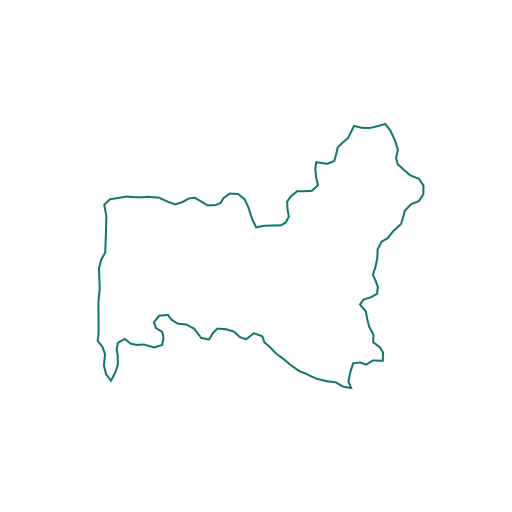 Estrela Dalva, Minas Gerais, Brazil (orthographic projection), rotated 115°
{"feature_id": "56859067B45399318958970", "entity_name": "Estrela Dalva", "entity_type": "district", "adm_level": 2, "iso_a3": "BRA", "parent_name": "Brazil", "parent_adm1": "Minas Gerais", "projection": "orthographic", "projection_center": [-42.466, -21.71], "detail": "fine", "context": "isolated", "style": "outline", "palette": "teal", "viewbox_px": 512, "rotation_deg": 115, "n_neighbors": 0, "source": "geoboundaries", "source_scale": "gbopen_adm2", "svg_char_len": 2029}
<svg xmlns="http://www.w3.org/2000/svg" viewBox="0 0 512 512"><g transform="rotate(115 256 256)"><path d="M321.0,121.5L312.2,122.6L308.5,116.7L307.9,110.4L301.2,105.8L297.4,96.8L289.8,100.1L286.2,105.4L284.7,113.3L277.7,116.3L272.4,123.4L266.6,128.2L259.7,133.1L256.0,141.3L250.1,140.2L244.7,134.3L239.1,130.4L232.6,132.4L228.1,137.0L223.5,142.2L216.4,142.9L206.7,145.2L198.5,148.6L189.9,148.2L184.1,144.2L175.8,142.2L165.7,138.1L158.8,139.0L152.0,140.3L143.2,137.1L137.6,131.7L129.4,130.4L121.4,134.0L117.2,141.0L117.7,150.5L115.0,159.6L113.0,166.3L107.7,170.6L99.8,172.2L91.8,179.7L85.5,187.3L81.7,194.6L87.3,201.1L91.9,207.0L95.1,214.2L96.7,222.2L103.1,222.2L110.5,222.5L116.9,225.5L123.0,227.8L129.7,226.4L136.7,225.2L142.3,230.3L145.6,241.0L152.4,238.9L159.4,234.7L165.7,229.7L173.4,233.0L177.4,240.6L179.9,246.1L186.8,249.5L193.6,250.8L200.9,246.8L206.5,242.9L212.8,243.1L217.6,246.2L221.7,254.7L225.7,262.3L230.0,267.9L224.8,274.4L219.9,279.1L215.0,283.6L209.4,290.3L207.4,298.4L210.4,306.0L217.1,309.9L222.9,310.5L227.2,314.5L230.6,321.4L229.7,329.6L229.1,336.3L232.4,341.3L238.3,345.5L243.4,351.0L244.1,359.0L244.1,368.6L248.0,378.7L251.7,385.6L254.4,391.8L256.8,398.4L260.9,404.3L266.3,412.3L273.7,415.2L283.1,408.5L295.6,403.0L316.7,394.1L324.6,394.7L333.2,393.2L342.4,388.6L351.5,383.9L358.0,381.6L365.0,379.1L387.8,368.2L393.9,365.5L399.9,363.6L403.1,356.9L408.7,351.4L419.6,347.5L426.4,342.0L430.3,334.7L420.0,334.3L412.8,335.3L405.3,338.9L399.5,342.8L393.1,344.5L386.7,339.9L388.4,332.3L386.9,326.4L383.6,320.2L382.0,309.9L376.3,303.4L369.2,305.3L364.4,309.0L363.5,316.2L359.2,320.5L351.0,318.5L346.7,310.9L349.4,305.7L350.4,298.4L347.5,289.9L348.1,281.1L353.4,271.2L351.6,263.3L343.6,262.4L338.1,260.3L335.0,252.1L333.8,243.9L336.3,236.3L335.7,229.8L326.8,225.2L326.2,216.2L330.7,212.0L332.7,204.7L336.0,196.5L337.8,187.3L340.5,177.1L342.1,167.5L341.5,161.4L341.8,155.4L341.5,148.4L339.7,139.6L336.8,130.4L337.6,121.5L335.4,114.0L330.8,119.2L321.0,121.5Z" fill="none" stroke="#0f766e" stroke-width="2"/></g></svg>